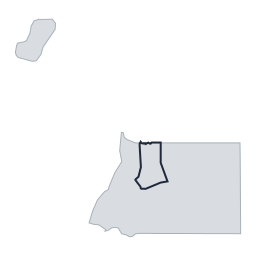 location of Niefang, Centro Sur, Equatorial Guinea
{"feature_id": "11065452B28626668585382", "entity_name": "Niefang", "entity_type": "district", "adm_level": 2, "iso_a3": "GNQ", "parent_name": "Equatorial Guinea", "parent_adm1": "Centro Sur", "projection": "albers", "projection_center": [10.119, 1.88], "detail": "fine", "context": "in_parent", "style": "outline", "palette": "slate", "viewbox_px": 256, "rotation_deg": 0, "n_neighbors": 0, "source": "geoboundaries", "source_scale": "gbopen_adm2", "svg_char_len": 1981}
<svg xmlns="http://www.w3.org/2000/svg" viewBox="0 0 256 256"><path d="M240.0,142.9L240.2,160.9L240.3,176.1L240.4,192.6L240.5,209.7L240.6,224.3L240.6,233.7L224.7,233.6L203.6,233.6L182.5,233.5L161.3,233.5L150.7,233.4L139.0,233.4L135.3,233.9L132.7,236.3L129.6,236.8L126.0,234.8L121.6,233.8L120.4,231.7L118.2,227.9L113.9,227.5L111.7,227.9L108.5,230.1L105.0,231.2L105.7,229.5L98.7,224.8L93.7,224.3L89.1,222.9L92.8,210.6L97.5,199.9L104.5,191.7L108.2,189.7L109.4,185.7L115.0,172.4L121.8,161.6L119.7,150.7L121.4,132.3L123.3,132.8L123.7,134.6L124.2,137.1L126.7,139.4L135.3,142.9L160.7,142.9L175.8,142.9L198.3,142.9L222.0,142.9L240.0,142.9ZM38.8,19.2L40.7,19.5L52.3,19.2L55.5,23.3L55.1,29.4L43.1,47.0L40.9,54.5L36.3,60.8L32.3,61.3L18.5,57.6L16.2,55.3L15.4,52.3L16.7,45.2L17.7,43.1L24.3,41.8L26.5,40.6L30.0,33.1L31.2,26.1L34.1,20.9L38.8,19.2Z" fill="#d9dde1" stroke="#a8b0b8" stroke-width="1"/><path d="M167.5,181.4L160.7,162.8L160.7,154.9L160.7,142.5L151.7,142.5L151.4,142.7L151.4,142.8L151.3,143.0L151.2,143.2L151.1,143.3L150.9,143.4L150.8,143.5L150.7,143.6L150.4,143.4L150.3,143.5L150.1,143.5L149.8,143.6L149.7,143.5L149.7,143.4L149.4,143.3L149.2,143.2L148.8,143.1L148.6,143.0L148.6,142.9L148.4,142.8L148.3,142.7L148.1,142.8L147.9,142.9L147.7,142.9L147.5,143.0L146.9,143.3L146.6,143.5L146.4,143.7L146.2,143.8L146.2,143.7L145.9,143.4L145.7,143.5L145.5,143.4L145.3,143.4L145.2,143.3L144.7,143.5L144.7,143.4L144.4,143.4L144.2,143.3L144.1,143.2L143.8,143.2L143.7,143.3L143.2,143.4L142.8,143.4L142.6,143.4L142.4,143.3L142.1,143.3L141.7,143.2L141.4,143.1L141.2,142.9L140.8,142.7L140.8,142.3L140.8,142.1L140.8,141.9L140.7,141.8L140.6,142.1L140.5,142.3L140.4,142.7L140.4,142.9L140.4,143.0L140.1,143.2L139.9,143.2L139.8,143.3L139.7,143.4L139.7,143.5L139.6,144.8L140.2,155.4L140.2,155.5L140.9,167.1L138.5,176.7L135.4,179.5L135.4,179.8L135.4,180.0L136.8,181.9L140.4,186.6L140.8,188.3L141.2,188.7L145.7,188.8L155.8,184.6L160.6,182.6L167.5,181.4Z" fill="none" stroke="#1e293b" stroke-width="2"/></svg>